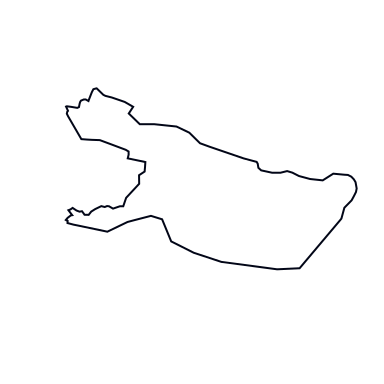 Degema, Rivers, Nigeria, rotated 294°
{"feature_id": "59680162B23543460253472", "entity_name": "Degema", "entity_type": "district", "adm_level": 2, "iso_a3": "NGA", "parent_name": "Nigeria", "parent_adm1": "Rivers", "projection": "robinson", "projection_center": [6.907, 4.58], "detail": "fine", "context": "isolated", "style": "outline", "palette": "ink", "viewbox_px": 384, "rotation_deg": 294, "n_neighbors": 0, "source": "geoboundaries", "source_scale": "gbopen_adm2", "svg_char_len": 1523}
<svg xmlns="http://www.w3.org/2000/svg" viewBox="0 0 384 384"><g transform="rotate(294 192 192)"><path d="M166.1,321.3L226.9,338.9L228.5,339.3L239.6,337.6L249.3,341.2L253.0,341.5L254.4,341.6L258.7,341.8L262.2,341.0L267.5,337.4L269.4,334.7L270.8,331.3L271.0,327.5L269.7,324.0L266.2,313.6L255.8,306.7L251.9,294.6L250.1,283.2L250.5,275.8L249.8,270.4L245.6,265.0L242.2,257.4L239.9,246.4L241.1,242.8L244.6,240.5L245.8,238.8L243.7,225.5L240.5,189.6L239.8,179.5L245.1,165.4L245.5,151.2L238.5,129.7L232.7,116.7L238.0,102.3L245.9,103.6L246.9,94.0L246.9,93.8L246.2,85.7L245.7,80.2L244.6,73.8L244.7,71.5L247.9,62.8L247.8,62.5L245.8,60.1L242.5,59.9L233.8,60.3L233.0,60.4L233.3,57.3L232.5,55.5L230.3,53.4L228.8,53.2L227.1,53.4L223.6,54.2L222.2,53.0L220.7,47.2L219.4,42.8L218.8,42.2L215.7,45.7L214.6,45.4L212.6,45.8L210.7,48.1L195.3,69.4L197.0,74.2L198.8,79.0L201.9,86.7L202.6,97.7L203.6,114.3L203.2,117.6L200.4,118.9L196.6,119.6L200.4,137.2L195.8,138.9L191.4,140.4L185.8,136.8L178.0,140.4L159.9,134.2L151.0,135.0L149.6,131.9L144.7,126.6L145.2,122.0L144.6,120.1L142.8,118.4L142.2,114.9L137.0,110.5L133.1,107.9L129.1,106.9L127.5,103.1L128.4,101.6L129.7,99.3L128.3,97.3L128.1,94.0L128.9,89.4L126.7,88.1L125.1,86.5L122.1,92.0L121.3,90.8L118.9,89.5L117.8,88.9L115.1,88.1L115.0,88.8L115.2,89.6L115.1,90.1L113.0,90.9L114.0,97.1L114.9,101.1L121.1,129.8L121.3,130.8L138.4,145.3L142.6,150.5L153.5,164.2L154.9,175.8L138.4,193.1L137.9,203.9L137.2,218.3L140.1,247.3L156.0,301.2L166.1,321.3Z" fill="none" stroke="#020617" stroke-width="2"/></g></svg>